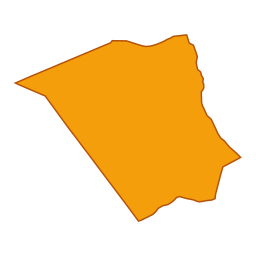 Paraibano, Maranhão, Brazil
{"feature_id": "56859067B92174328056743", "entity_name": "Paraibano", "entity_type": "district", "adm_level": 2, "iso_a3": "BRA", "parent_name": "Brazil", "parent_adm1": "Maranhão", "projection": "albers", "projection_center": [-43.896, -6.414], "detail": "fine", "context": "isolated", "style": "filled", "palette": "amber", "viewbox_px": 256, "rotation_deg": 0, "n_neighbors": 0, "source": "geoboundaries", "source_scale": "gbopen_adm2", "svg_char_len": 1134}
<svg xmlns="http://www.w3.org/2000/svg" viewBox="0 0 256 256"><path d="M15.4,83.0L18.9,84.7L45.2,96.0L70.1,130.1L77.0,139.0L82.8,146.9L86.1,151.1L107.0,179.0L124.9,202.7L130.7,210.5L138.5,221.1L141.2,220.2L146.7,217.5L152.8,214.4L154.6,212.8L156.5,210.8L158.1,208.4L162.8,205.7L165.4,205.2L168.0,204.5L171.0,202.7L173.9,200.4L176.5,197.6L179.3,196.5L181.4,197.1L184.8,198.0L187.7,198.8L190.0,199.1L194.1,200.1L196.4,201.1L199.2,201.8L201.8,201.5L204.8,200.9L211.8,200.0L215.0,198.7L215.7,193.6L221.0,173.3L222.9,166.9L230.6,162.8L240.6,157.4L236.6,153.3L229.3,146.9L224.4,141.0L220.9,138.2L218.0,133.8L214.0,125.1L211.2,119.3L207.1,115.6L202.5,105.7L201.6,102.9L201.3,91.8L202.7,90.1L203.8,87.9L203.7,84.4L202.8,82.1L203.3,78.6L201.3,75.1L200.7,72.1L197.6,69.4L196.8,66.0L196.2,62.6L197.3,56.7L196.1,52.7L193.4,45.2L189.2,43.1L186.7,34.9L173.2,36.4L171.1,37.8L168.1,39.0L166.1,40.0L163.5,41.5L156.6,44.4L152.2,45.7L149.9,46.2L145.9,46.5L142.2,45.8L138.7,44.8L126.6,40.9L112.2,40.7L110.6,42.8L103.6,45.7L101.7,46.5L60.8,63.7L55.0,66.2L41.1,72.0L36.7,73.9L33.6,75.1L15.4,83.0Z" fill="#f59e0b" stroke="#b45309" stroke-width="1.5"/></svg>